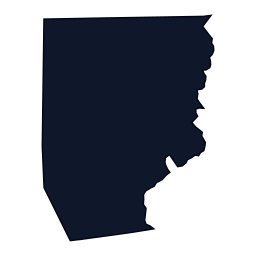 outline of Trizidela do Vale, Maranhão, Brazil
{"feature_id": "56859067B97316284417201", "entity_name": "Trizidela do Vale", "entity_type": "district", "adm_level": 2, "iso_a3": "BRA", "parent_name": "Brazil", "parent_adm1": "Maranhão", "projection": "orthographic", "projection_center": [-44.635, -4.551], "detail": "fine", "context": "isolated", "style": "filled", "palette": "ink", "viewbox_px": 256, "rotation_deg": 0, "n_neighbors": 0, "source": "geoboundaries", "source_scale": "gbopen_adm2", "svg_char_len": 1065}
<svg xmlns="http://www.w3.org/2000/svg" viewBox="0 0 256 256"><path d="M70.3,240.6L76.8,239.8L80.5,239.4L132.1,232.3L153.7,228.8L149.9,225.9L146.0,224.3L144.6,220.3L145.4,214.1L146.0,208.3L143.3,204.3L143.7,199.6L143.5,194.6L145.5,191.1L150.4,188.0L154.1,186.3L156.4,182.6L162.1,179.6L166.0,175.3L169.8,172.3L167.8,169.6L165.8,165.7L164.9,162.2L165.4,157.7L169.5,154.7L177.7,166.6L182.1,165.9L185.9,162.9L187.4,159.7L191.4,157.7L195.1,155.1L198.6,155.7L200.4,152.6L203.7,150.7L204.9,146.1L205.3,142.5L203.3,138.8L201.6,135.8L202.3,132.3L195.6,127.0L191.8,122.5L194.5,119.6L197.6,116.3L195.9,113.0L195.8,108.9L199.3,108.0L203.7,108.3L199.7,103.0L197.0,98.9L197.8,94.0L197.0,89.8L201.8,89.0L204.4,86.7L204.4,83.3L205.5,80.2L205.9,76.2L203.9,73.5L202.6,69.9L206.0,69.9L209.7,67.7L210.6,64.6L210.3,60.9L209.4,57.3L212.2,54.4L213.7,50.6L213.5,46.2L211.5,43.2L212.2,38.7L208.6,34.3L205.3,29.9L202.6,26.5L211.0,15.4L203.4,16.4L130.7,17.6L104.9,18.0L67.9,18.7L57.2,18.9L44.0,19.1L42.3,146.2L44.1,187.7L70.3,240.6Z" fill="#0f172a" stroke="#020617" stroke-width="1.5"/></svg>